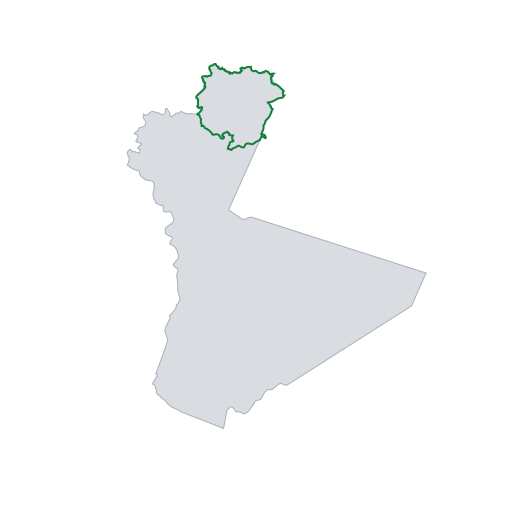 Kayes on a map of Mali (Albers equal-area conic projection), rotated 115°
{"feature_id": "MLI-2793", "entity_name": "Kayes", "entity_type": "Region", "adm_level": 1, "iso_a3": "MLI", "parent_name": "Mali", "parent_adm1": "", "projection": "albers", "projection_center": [-10.556, 13.794], "detail": "fine", "context": "in_parent", "style": "outline", "palette": "green", "viewbox_px": 512, "rotation_deg": 115, "n_neighbors": 0, "source": "natural_earth", "source_scale": "10m", "svg_char_len": 9518}
<svg xmlns="http://www.w3.org/2000/svg" viewBox="0 0 512 512"><g transform="rotate(115 256 256)"><path d="M101.6,369.1L101.8,367.5L100.4,366.4L100.4,365.8L101.1,361.0L101.1,359.8L101.7,357.4L100.7,356.3L100.5,355.5L98.3,352.4L97.6,349.8L96.5,348.0L93.9,347.5L92.9,348.9L92.3,349.2L91.3,348.1L91.0,347.2L91.0,346.3L87.6,342.2L87.8,340.0L89.1,338.8L89.6,336.9L88.4,334.7L88.6,332.6L88.4,329.7L86.5,327.1L85.2,325.9L84.0,324.1L85.0,320.0L83.0,316.4L86.7,317.9L88.5,316.6L90.2,314.8L91.6,312.4L92.3,309.5L92.6,307.0L94.1,303.0L95.8,301.1L99.5,298.4L100.5,298.7L106.5,304.5L109.9,307.5L111.2,309.1L112.3,309.1L114.0,306.2L115.7,303.8L116.5,303.2L122.5,302.8L125.6,303.3L128.4,304.0L132.4,304.2L142.8,302.3L143.0,301.2L142.8,299.8L143.2,298.7L144.1,297.7L144.8,297.5L145.2,300.8L146.1,301.3L148.5,301.5L225.8,300.4L228.6,283.2L222.8,277.0L199.6,94.7L235.4,94.0L241.7,97.9L360.1,173.5L360.8,176.1L360.8,179.6L361.7,180.7L363.5,181.8L370.2,184.9L370.8,185.5L371.1,186.9L372.0,188.6L373.4,189.6L375.1,190.2L377.1,190.7L383.1,190.9L384.4,191.6L387.2,194.7L388.6,195.2L396.8,196.5L399.5,197.2L402.4,198.5L404.0,199.7L404.2,204.7L405.5,207.9L405.5,208.7L404.3,210.1L404.1,211.1L402.7,213.7L403.1,214.7L406.0,216.5L407.5,217.0L409.1,216.9L426.0,212.5L429.0,259.2L428.4,260.0L428.5,268.3L427.5,273.3L425.5,277.0L424.4,282.5L423.6,283.6L423.2,286.8L422.0,288.6L419.8,289.5L416.0,293.1L415.8,295.9L406.4,294.9L405.8,295.0L405.4,295.4L405.3,296.9L381.3,299.0L369.5,300.3L362.4,307.0L357.6,307.8L351.5,307.6L348.4,307.7L347.2,308.1L347.0,309.2L337.3,306.4L333.8,307.6L333.2,307.3L332.7,306.6L331.0,306.3L328.2,306.6L326.3,307.1L320.4,312.4L317.1,313.8L311.1,317.0L307.0,319.7L305.5,320.2L303.1,320.4L301.1,321.0L299.6,326.8L298.4,327.4L291.0,325.4L289.6,325.8L288.3,326.5L284.4,330.0L282.4,332.7L281.4,336.4L281.7,338.7L281.0,339.4L279.2,339.7L275.7,339.0L274.7,339.4L274.3,341.2L274.5,345.0L273.8,347.7L271.8,348.6L270.3,349.6L269.1,350.0L268.0,349.7L262.0,346.0L260.0,345.4L257.8,345.9L255.7,347.6L252.0,351.8L252.5,353.3L253.6,354.9L254.4,357.0L254.4,358.9L249.1,361.7L250.4,363.6L250.4,369.0L247.9,371.5L247.1,373.0L244.7,374.8L242.6,375.8L236.1,377.4L233.5,379.2L232.2,380.5L232.0,382.0L232.3,383.7L233.6,387.2L233.3,390.4L232.3,394.1L231.3,395.8L228.3,397.8L228.8,400.2L229.1,403.7L228.7,408.2L227.8,411.3L227.1,411.0L224.2,411.2L221.0,412.2L219.8,413.0L219.6,414.0L216.9,416.5L215.1,416.4L213.4,415.8L212.5,415.2L212.4,414.8L213.5,412.8L213.5,412.1L212.4,408.7L212.5,407.8L212.1,405.2L211.8,405.1L208.3,406.3L208.2,406.8L208.7,408.4L208.4,408.7L207.1,408.7L205.4,408.2L203.4,406.7L202.9,407.2L202.8,408.4L202.6,409.9L203.2,412.5L202.7,413.4L199.7,413.3L197.1,413.7L196.5,414.6L196.3,415.6L196.9,416.8L196.8,417.3L195.8,418.0L195.3,418.0L193.9,416.7L188.3,415.6L187.8,413.8L187.1,413.8L185.3,411.7L184.6,411.8L183.9,412.1L181.8,412.0L179.9,413.9L178.6,416.2L177.1,417.3L174.8,417.9L175.1,416.4L174.4,414.4L169.5,411.9L168.7,410.9L167.5,405.1L167.5,403.4L167.8,401.9L167.7,400.8L167.1,399.9L165.7,399.0L164.2,398.6L162.3,399.8L161.3,400.0L160.5,399.9L160.0,399.5L160.1,398.9L162.1,395.8L163.1,394.5L165.2,393.0L165.7,392.3L165.7,391.7L165.5,391.2L164.2,390.7L162.1,389.3L160.9,389.1L160.0,388.5L159.0,386.2L158.5,385.8L157.5,385.6L156.6,385.0L156.6,379.6L154.6,375.5L152.7,370.3L151.8,369.1L150.1,368.1L148.1,367.4L146.3,367.2L144.2,367.8L144.3,368.3L145.4,370.0L145.6,370.9L145.4,371.8L145.1,372.4L142.3,373.0L138.6,374.9L137.4,377.1L136.6,377.3L135.2,377.1L125.5,373.4L121.4,375.0L118.7,378.2L118.1,379.3L116.9,380.2L116.2,380.2L115.4,379.6L112.6,374.7L111.4,373.5L109.9,373.5L108.5,374.3L107.2,375.9L105.5,377.5L104.4,377.9L103.4,377.7L99.4,374.3L99.2,373.6L101.0,369.7L101.6,369.1Z" fill="#d9dde1" stroke="#a8b0b8" stroke-width="1"/><path d="M92.5,349.4L92.4,349.4L92.1,349.1L91.8,348.4L90.9,348.0L90.9,347.7L91.2,346.5L91.2,346.2L91.1,345.9L90.5,345.7L90.0,345.1L88.8,344.2L88.4,343.7L88.0,343.0L87.7,342.2L87.3,341.3L87.0,340.9L86.7,340.6L88.5,339.6L89.2,338.9L89.6,337.9L89.7,337.0L89.7,336.6L89.6,336.2L89.2,335.7L88.5,335.1L88.3,334.5L88.3,333.6L88.8,331.9L88.9,331.0L88.9,330.5L88.1,328.7L87.9,328.4L87.6,328.2L86.8,327.9L86.3,327.4L86.1,327.1L86.5,327.0L86.6,326.7L86.4,326.4L84.2,325.6L84.2,324.6L83.9,322.8L84.0,322.4L84.6,322.0L84.7,321.3L85.4,320.5L85.4,320.1L84.9,319.8L84.8,319.6L85.1,319.0L84.5,318.9L84.2,318.8L83.9,318.2L83.5,317.8L83.3,317.2L83.7,317.4L84.2,317.5L84.6,317.4L85.5,317.1L86.0,317.0L86.3,317.2L87.2,318.0L87.4,318.1L87.6,317.9L87.7,317.5L87.9,317.4L88.3,317.5L88.7,317.5L89.1,317.4L89.5,317.1L90.0,316.4L90.3,316.2L91.1,316.0L91.5,315.8L91.8,315.5L92.1,315.0L92.4,314.7L92.7,314.5L92.7,314.4L92.5,314.1L92.5,313.9L92.6,313.2L92.9,312.4L92.9,312.0L92.9,311.7L92.7,311.5L92.5,311.3L92.3,311.3L92.1,311.4L91.9,311.3L92.0,310.5L92.2,309.6L92.3,309.4L92.2,308.9L92.2,308.4L92.6,307.2L92.8,305.9L93.6,304.3L93.9,302.8L94.2,302.1L94.7,301.5L94.8,300.5L95.4,300.6L96.0,300.8L96.5,300.8L97.1,300.5L97.9,299.7L98.2,299.5L99.0,299.2L99.3,298.7L99.0,298.3L100.4,298.5L100.9,298.7L101.5,299.2L103.4,302.1L103.8,302.5L109.1,306.5L109.8,307.2L110.4,308.3L111.2,309.1L111.9,310.1L112.1,309.8L112.4,308.5L112.6,308.2L113.1,307.6L113.4,307.3L113.6,306.5L113.7,306.1L114.1,305.8L114.7,305.7L114.9,305.3L115.4,304.9L115.6,304.5L115.6,303.6L115.6,303.2L115.9,302.9L116.2,302.9L117.5,303.1L118.4,303.1L119.9,302.7L120.3,302.8L120.6,302.8L122.8,302.8L123.4,302.9L124.4,302.8L124.7,302.9L126.5,303.6L127.2,303.5L128.4,304.2L128.9,304.4L129.7,304.4L132.2,304.0L134.6,304.3L135.4,304.1L136.6,303.3L137.1,303.2L138.1,302.9L143.3,302.7L142.7,300.1L142.7,299.5L143.0,298.9L144.3,297.3L144.7,297.1L145.2,297.3L145.3,298.0L145.0,299.5L144.9,301.5L149.3,301.5L149.7,301.9L151.9,303.7L152.5,304.2L155.5,305.9L156.4,306.9L156.6,307.4L156.8,309.1L157.8,311.7L159.1,312.6L161.4,312.8L162.7,313.0L163.1,313.5L163.4,314.9L163.2,318.1L163.7,318.8L167.2,321.3L168.5,322.7L170.1,323.0L170.4,323.3L170.2,324.5L170.8,326.6L170.2,327.0L167.8,327.4L166.7,327.1L165.2,327.4L164.2,327.6L163.6,327.5L163.0,327.0L162.4,325.8L161.9,325.3L161.5,325.1L161.0,325.2L160.5,326.2L159.8,327.2L159.0,327.5L158.3,327.8L156.5,327.8L157.4,330.2L157.5,330.6L157.6,331.1L157.4,331.7L157.1,331.8L156.7,331.6L156.3,331.8L156.2,332.1L156.3,332.9L156.2,333.2L156.0,333.6L155.8,334.1L155.5,334.4L155.6,334.7L155.7,334.8L156.4,335.4L157.0,335.6L157.2,336.1L157.4,336.2L157.6,336.2L158.4,337.1L158.8,337.4L160.6,337.7L161.1,337.6L161.4,337.1L161.1,337.0L161.1,336.7L161.5,336.0L161.5,335.5L161.7,335.3L162.1,335.2L162.8,335.1L163.4,335.3L163.8,335.8L164.1,336.5L164.1,336.8L164.0,337.9L163.3,338.7L162.8,339.7L162.2,340.3L162.0,340.6L162.0,341.0L162.3,343.5L162.8,344.0L163.0,344.3L163.2,344.8L163.9,345.4L164.1,345.8L164.3,346.7L164.2,347.1L164.0,347.4L163.5,347.7L163.3,348.0L162.8,349.6L162.6,350.3L162.0,351.2L161.9,351.7L161.9,353.1L161.6,353.8L161.5,354.1L161.7,355.3L161.7,355.8L161.6,356.5L160.6,358.0L160.4,358.5L160.4,359.1L160.6,359.4L160.9,359.7L161.2,360.2L159.4,361.2L159.1,361.5L158.5,362.3L157.7,362.8L156.7,363.1L155.8,363.3L155.0,363.7L154.3,365.1L152.6,366.5L151.7,368.1L152.5,368.6L152.1,369.1L149.5,367.8L148.6,367.5L147.0,367.1L146.7,367.1L146.4,367.4L145.7,367.1L145.2,367.4L144.2,367.6L143.9,368.0L144.0,368.2L144.7,369.0L145.3,369.3L145.4,369.9L146.0,370.0L146.1,370.4L146.0,370.8L145.8,371.2L145.5,371.3L145.6,371.8L145.5,372.1L145.0,372.6L143.7,372.3L143.3,372.4L142.5,372.8L141.7,373.4L139.3,374.3L138.6,374.7L138.3,375.1L138.1,375.4L138.2,376.2L138.1,376.5L137.3,377.4L136.1,377.4L135.7,377.3L135.1,376.9L134.9,376.8L134.1,376.9L133.7,376.7L133.0,376.1L132.2,375.9L131.4,375.5L130.7,375.3L130.1,374.8L129.3,374.7L128.6,374.2L127.9,374.2L127.5,374.1L126.7,373.8L126.0,373.6L125.8,373.3L125.6,373.3L124.8,373.6L124.7,373.8L124.4,373.6L124.3,373.9L123.8,374.1L123.8,374.4L123.5,374.3L123.2,374.1L122.2,374.9L121.8,375.4L120.8,375.3L120.4,375.4L120.4,375.6L120.6,376.1L120.3,376.3L120.3,376.9L119.9,377.2L119.5,377.4L119.2,377.6L119.4,378.1L118.6,378.5L118.2,378.7L118.0,378.9L117.8,379.7L117.5,380.0L117.3,380.2L117.0,380.4L116.1,380.4L115.5,379.8L114.6,378.1L114.1,377.5L114.0,377.3L114.0,377.1L114.3,376.5L114.1,375.9L113.7,375.6L113.2,375.4L112.7,375.0L111.9,373.6L111.5,373.4L111.0,373.2L110.6,373.2L109.6,373.5L109.1,373.5L108.8,373.6L108.7,373.8L108.4,374.7L108.1,375.0L107.5,375.5L107.0,376.1L106.5,376.3L106.4,376.9L106.2,377.4L105.9,377.7L105.2,377.8L104.5,378.1L104.1,378.1L103.2,377.7L102.4,377.1L101.6,375.9L101.2,375.6L99.9,375.0L99.5,374.7L99.1,373.8L99.4,373.2L100.1,372.5L100.5,371.7L100.5,371.2L100.3,370.3L100.4,369.8L100.7,369.6L101.3,369.6L101.7,369.6L101.7,368.6L101.9,368.0L101.9,367.5L101.6,367.1L101.4,367.5L101.1,366.4L100.9,366.5L100.8,366.9L100.6,366.7L100.4,366.3L100.0,366.1L100.6,365.8L100.6,365.5L100.5,365.0L100.7,364.0L100.5,363.8L100.1,363.6L100.1,363.3L100.4,363.0L100.6,362.4L101.2,362.3L101.4,362.0L101.4,361.8L101.1,361.4L101.3,361.1L101.3,360.9L101.3,360.4L101.1,360.1L101.0,359.9L100.8,359.8L100.8,359.7L100.9,359.4L100.8,359.1L101.1,358.4L100.9,358.0L100.9,357.9L101.0,357.8L101.4,357.9L101.7,357.7L101.8,357.6L101.7,356.8L101.6,356.5L101.4,356.3L101.4,356.7L101.2,357.0L100.6,357.0L100.8,356.2L101.0,355.9L100.7,355.8L100.2,354.9L100.4,354.5L99.8,354.3L99.0,353.8L98.6,353.7L98.5,353.3L98.5,352.5L97.9,351.7L97.8,351.4L97.9,351.1L98.2,350.7L98.1,350.3L97.6,349.8L97.1,349.1L97.0,348.7L97.0,348.2L96.5,348.3L96.3,348.3L96.2,348.1L96.3,347.8L96.2,347.7L95.0,347.8L94.8,347.6L94.5,347.2L94.2,347.2L93.9,347.3L93.7,347.7L93.5,348.6L92.5,349.4Z" fill="none" stroke="#15803d" stroke-width="2"/></g></svg>